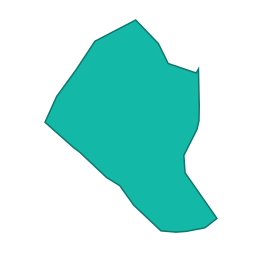 outline of Dong-gu [East District], South Jeolla, South Korea, rotated 176°
{"feature_id": "91817680B89733153975870", "entity_name": "Dong-gu [East District]", "entity_type": "district", "adm_level": 2, "iso_a3": "KOR", "parent_name": "South Korea", "parent_adm1": "South Jeolla", "projection": "equal_earth", "projection_center": [126.949, 35.114], "detail": "fine", "context": "isolated", "style": "filled", "palette": "teal", "viewbox_px": 256, "rotation_deg": 176, "n_neighbors": 0, "source": "geoboundaries", "source_scale": "gbopen_adm2", "svg_char_len": 469}
<svg xmlns="http://www.w3.org/2000/svg" viewBox="0 0 256 256"><g transform="rotate(176 128 128)"><path d="M197.0,164.4L210.4,139.5L183.2,111.8L178.0,107.4L152.8,80.1L140.2,71.0L127.6,50.5L110.7,32.2L102.3,23.1L87.6,20.8L81.3,20.8L77.1,20.8L58.2,23.1L45.6,31.6L74.2,79.3L74.2,96.8L59.4,121.6L56.7,130.3L55.4,144.9L53.6,182.0L56.1,178.1L83.4,189.5L91.8,210.1L112.8,235.2L154.9,216.9L175.9,189.5L197.0,164.4Z" fill="#14b8a6" stroke="#0f766e" stroke-width="1.5"/></g></svg>